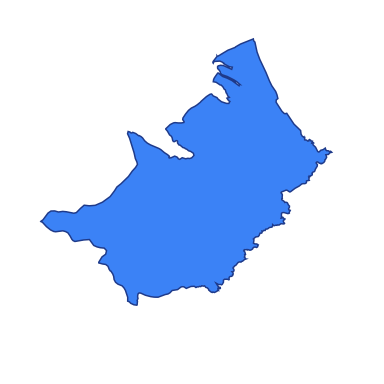 Paser, Kalimantan Timur, Indonesia, rotated 234°
{"feature_id": "22746128B17746000623405", "entity_name": "Paser", "entity_type": "district", "adm_level": 2, "iso_a3": "IDN", "parent_name": "Indonesia", "parent_adm1": "Kalimantan Timur", "projection": "orthographic", "projection_center": [116.052, -1.688], "detail": "fine", "context": "isolated", "style": "filled", "palette": "blue", "viewbox_px": 384, "rotation_deg": 234, "n_neighbors": 0, "source": "geoboundaries", "source_scale": "gbopen_adm2", "svg_char_len": 6085}
<svg xmlns="http://www.w3.org/2000/svg" viewBox="0 0 384 384"><g transform="rotate(234 192 192)"><path d="M142.0,328.4L143.5,328.1L144.1,326.8L145.1,326.6L146.3,325.2L147.3,325.0L149.2,325.6L149.2,323.0L150.1,320.7L149.7,318.5L150.0,317.9L150.9,317.5L155.6,318.3L158.8,317.7L159.9,318.1L160.3,318.7L160.2,319.2L160.7,319.1L161.2,317.7L162.3,319.3L163.7,318.1L164.1,318.4L165.4,317.9L165.4,317.2L164.7,316.5L165.3,315.5L166.6,315.2L168.0,313.8L169.9,315.3L170.3,314.7L170.8,315.0L170.8,314.5L172.4,314.0L174.6,314.2L177.9,316.0L187.0,314.4L200.0,314.9L200.6,313.3L201.5,312.7L204.5,312.2L215.2,312.8L217.0,314.3L217.1,316.4L220.7,317.9L224.2,318.8L231.1,319.0L236.2,319.9L245.2,322.1L259.5,324.8L267.0,326.9L276.3,331.0L278.2,330.8L279.8,331.6L283.2,318.2L283.8,312.5L283.6,312.0L285.6,304.4L286.6,293.2L286.9,292.2L287.3,292.2L287.0,292.0L285.2,285.8L284.3,284.9L283.7,284.9L284.3,285.8L284.4,286.9L281.6,291.4L279.7,292.6L277.4,293.5L277.2,293.1L271.5,295.8L269.3,298.0L267.9,296.2L275.7,291.8L277.7,289.7L278.5,287.7L278.6,286.6L277.8,285.9L276.7,285.3L274.9,285.6L272.6,285.5L271.7,284.9L269.3,285.2L264.6,288.5L258.3,291.7L255.1,293.0L250.8,294.0L251.1,293.7L250.3,292.5L258.8,289.8L263.5,287.3L267.4,284.7L273.0,283.1L273.1,282.7L271.3,277.4L270.4,275.7L268.7,274.0L266.6,276.0L262.0,277.7L261.3,278.5L258.5,278.8L256.2,278.5L255.1,279.0L252.0,277.9L251.5,278.1L248.4,277.4L246.7,277.8L247.4,275.4L244.4,275.3L243.0,275.9L242.0,273.8L243.5,271.9L247.7,268.9L251.8,267.7L253.7,267.7L257.3,265.6L259.6,265.5L260.0,265.2L260.5,263.8L260.7,259.7L260.0,252.6L259.7,251.6L259.5,247.5L259.6,244.8L260.3,240.7L260.1,237.1L258.8,232.4L257.2,228.2L256.0,227.0L253.7,227.0L253.0,226.3L254.1,224.0L255.9,221.5L258.1,219.1L258.8,217.6L259.4,214.1L258.6,208.0L258.2,207.7L255.8,207.9L251.4,207.4L249.6,208.0L247.8,207.9L245.1,206.7L243.8,206.6L243.0,207.5L242.9,209.4L242.1,210.1L241.7,210.2L240.1,209.1L237.7,209.1L236.9,209.9L233.2,210.8L232.0,211.9L231.0,212.0L229.5,213.0L227.5,213.4L225.6,214.8L222.5,215.9L220.4,215.0L219.8,211.8L220.5,209.7L221.7,208.5L222.6,206.4L225.5,204.2L225.6,201.3L227.0,200.4L228.2,200.6L229.1,200.4L231.2,199.1L232.0,195.2L232.9,193.6L233.8,193.8L234.2,194.7L236.5,194.2L240.1,192.8L244.6,191.7L246.7,190.8L254.5,186.1L257.8,184.6L261.3,183.8L264.9,183.8L266.9,183.3L268.7,182.4L268.9,181.9L272.3,180.9L275.1,179.1L275.1,178.2L275.7,177.3L276.9,177.1L278.5,175.9L277.0,174.1L272.2,173.1L257.8,168.2L252.3,165.8L248.8,165.1L246.4,164.1L245.0,160.7L244.0,155.9L241.9,149.7L240.4,139.3L240.2,134.2L238.5,130.0L236.4,123.1L236.4,113.5L238.1,105.9L241.2,100.8L244.7,97.0L244.3,92.2L243.3,86.3L244.3,83.9L249.9,78.7L252.3,76.0L254.3,72.2L257.4,69.8L259.5,66.7L259.6,63.1L257.1,55.2L257.1,52.4L256.5,52.5L256.5,53.1L249.5,53.9L244.4,55.3L241.4,56.9L240.0,58.3L236.5,64.7L234.2,66.5L231.9,67.6L228.1,67.5L224.4,67.0L222.6,67.2L220.8,68.2L216.8,76.3L213.8,81.1L206.5,81.1L203.4,82.9L201.0,84.9L198.2,88.0L194.8,88.4L192.4,85.6L192.4,81.1L190.0,75.3L189.4,74.9L186.4,77.3L184.1,79.6L181.3,80.4L178.0,79.5L176.1,79.5L175.7,79.9L172.2,79.7L169.7,79.0L166.9,77.5L163.9,77.1L161.0,77.9L157.2,80.3L154.3,80.6L151.5,80.3L144.6,78.1L141.5,75.8L139.9,76.8L138.0,77.0L134.9,78.7L132.9,80.8L132.9,81.2L135.6,83.6L136.3,83.7L137.8,85.9L138.9,86.2L140.6,87.6L141.4,88.8L141.4,89.9L140.3,91.1L135.9,93.6L131.6,97.1L129.1,99.7L126.8,102.8L124.8,110.0L123.6,112.7L123.4,115.0L124.0,118.0L121.5,123.0L121.6,127.0L121.3,128.2L120.1,129.7L117.4,130.7L116.2,135.6L114.6,138.1L114.1,138.6L112.6,138.9L112.3,139.4L112.3,140.4L111.5,141.3L111.3,142.5L110.3,143.5L110.4,144.8L109.2,145.8L108.7,147.0L106.7,147.1L105.6,148.0L103.6,148.3L102.9,147.9L100.2,148.5L98.8,149.3L98.8,150.1L97.5,151.1L97.0,153.9L97.3,154.8L96.7,155.5L97.6,155.6L98.7,156.2L97.4,157.5L97.4,158.3L97.9,158.6L97.9,158.0L98.8,158.0L99.2,157.4L99.8,157.9L100.1,157.6L104.1,157.9L101.4,159.2L100.4,160.8L99.5,161.4L99.5,162.2L100.5,164.4L102.2,165.6L102.3,167.0L100.6,169.4L99.3,170.2L99.5,170.8L100.6,171.3L101.2,172.2L101.2,173.3L100.5,174.5L100.5,175.7L101.3,176.2L101.1,176.7L102.2,177.6L103.9,177.5L103.5,178.1L103.4,179.2L104.0,180.0L104.8,180.4L106.1,180.4L106.8,181.0L106.7,181.7L107.2,183.1L106.9,184.2L107.9,188.0L107.4,189.6L106.5,190.4L106.6,191.6L106.3,192.2L106.5,194.8L106.1,196.3L106.4,196.0L107.9,196.3L108.3,196.0L108.8,196.4L109.2,197.3L110.4,197.8L110.1,198.6L112.4,199.5L113.5,199.3L113.8,199.7L114.4,199.7L114.4,200.8L113.4,201.9L113.2,202.7L112.4,202.9L112.3,203.6L110.9,204.6L110.4,205.6L110.3,207.5L110.8,208.3L110.9,209.8L110.0,211.1L109.1,211.7L109.1,212.8L110.2,214.4L110.6,213.9L111.2,214.2L112.0,213.7L112.9,212.5L114.4,211.6L117.0,214.1L117.9,214.0L118.0,214.6L118.2,217.0L117.0,219.5L117.5,221.0L118.7,222.8L117.8,224.2L118.3,225.1L119.2,225.6L118.6,226.0L118.8,227.4L117.9,228.6L118.6,229.7L117.7,231.5L117.8,233.7L116.6,236.1L117.5,237.6L118.2,238.1L116.5,238.5L115.9,240.3L115.1,241.1L115.3,241.6L114.1,243.0L114.1,245.3L112.2,247.5L112.1,248.0L112.3,248.5L113.6,248.3L114.9,248.8L115.5,250.0L115.2,250.6L115.5,251.3L116.2,250.8L118.2,250.6L118.0,249.6L118.5,248.7L118.9,249.4L122.1,251.8L122.2,252.9L121.4,254.3L118.2,256.8L117.7,257.9L117.7,258.3L118.3,258.5L119.4,260.7L120.8,259.8L121.7,260.3L122.3,261.7L123.3,262.6L124.8,262.4L127.1,262.8L127.8,262.6L128.9,261.5L129.0,260.9L130.3,261.0L133.0,260.1L133.8,260.7L133.7,261.3L134.7,261.8L136.5,263.4L137.4,263.7L138.5,263.5L139.1,263.7L139.4,264.3L138.2,269.3L137.4,270.0L134.7,271.0L134.3,271.7L134.4,277.7L133.8,282.3L134.0,285.5L133.4,286.9L132.4,288.2L132.2,289.3L132.3,290.0L133.7,291.2L132.5,293.7L133.3,293.8L134.3,294.8L135.6,295.2L135.5,295.7L135.9,296.1L135.1,296.3L135.5,297.7L135.1,298.3L135.2,299.3L136.1,300.1L136.7,300.1L137.0,301.9L136.6,302.9L136.7,303.5L137.9,305.2L139.3,308.5L140.4,309.5L142.6,309.5L142.9,310.0L142.8,310.9L142.3,311.4L140.4,312.0L139.8,312.7L139.2,312.8L139.1,313.5L138.6,313.6L138.4,316.0L139.0,317.7L139.9,318.4L139.9,319.1L141.0,321.4L143.5,322.2L142.2,324.5L142.7,326.5L142.0,328.4ZM260.9,290.0L269.6,284.3L254.7,292.4L260.9,290.0Z" fill="#3b82f6" stroke="#1e3a8a" stroke-width="1.5"/></g></svg>